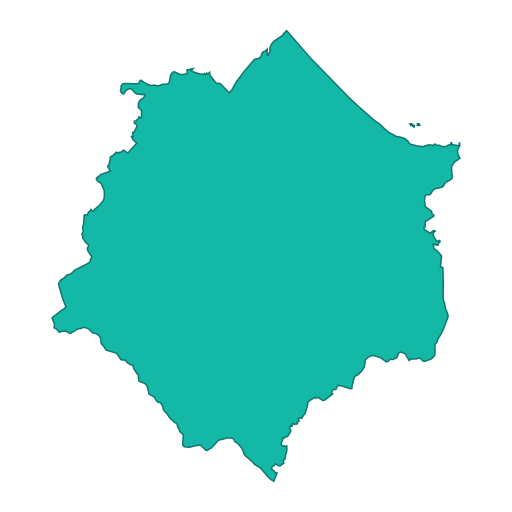 the district of Cam Xuyen, Ha Tinh, Vietnam
{"feature_id": "81297802B99684516055458", "entity_name": "Cam Xuyen", "entity_type": "district", "adm_level": 2, "iso_a3": "VNM", "parent_name": "Vietnam", "parent_adm1": "Ha Tinh", "projection": "orthographic", "projection_center": [106.007, 18.19], "detail": "fine", "context": "isolated", "style": "filled", "palette": "teal", "viewbox_px": 512, "rotation_deg": 0, "n_neighbors": 0, "source": "geoboundaries", "source_scale": "gbopen_adm2", "svg_char_len": 5984}
<svg xmlns="http://www.w3.org/2000/svg" viewBox="0 0 512 512"><path d="M459.7,143.1L459.2,143.5L459.5,145.1L458.0,145.6L451.8,144.6L451.8,142.9L451.3,142.7L450.8,143.1L450.9,144.4L448.3,145.1L446.3,146.3L443.9,146.7L441.2,146.3L439.5,145.3L436.5,145.3L435.3,144.1L433.7,144.5L432.8,145.9L430.3,144.7L428.5,145.2L427.6,144.8L426.3,146.0L425.1,145.8L423.6,146.7L422.8,146.3L422.3,146.8L420.0,146.1L419.3,146.5L409.7,143.9L407.7,140.9L405.0,138.7L401.9,137.5L396.3,136.4L389.1,132.5L385.3,129.5L379.2,123.6L374.7,120.7L358.2,106.2L349.2,97.8L310.3,57.9L286.7,30.7L283.4,33.8L283.5,34.7L274.1,41.1L271.4,44.2L269.9,47.8L269.9,51.9L268.6,53.8L268.1,55.4L267.6,55.4L266.9,54.2L267.2,49.2L264.9,51.4L263.5,51.6L262.2,52.8L260.8,56.9L258.0,58.7L255.7,58.9L254.0,59.8L243.2,72.6L236.0,82.4L231.7,90.2L229.2,92.8L220.4,83.8L219.4,83.4L216.4,83.3L210.2,75.6L209.6,72.3L207.9,74.1L206.7,73.1L205.5,74.6L204.5,73.5L203.8,74.4L199.6,73.9L193.8,72.1L191.2,70.7L193.1,68.6L186.9,69.9L187.5,73.1L184.4,74.5L179.9,74.4L175.2,72.1L174.2,71.8L173.0,72.0L170.7,74.8L169.2,82.5L168.0,83.7L166.6,84.2L162.6,84.3L161.3,84.6L160.7,85.3L157.5,85.9L157.1,85.6L156.6,86.0L154.9,85.1L154.4,85.4L153.4,85.0L152.8,85.4L150.1,85.5L149.3,84.8L148.0,84.8L146.6,83.6L144.5,82.8L141.0,80.2L140.2,80.5L138.8,83.1L137.5,83.8L125.2,83.5L122.7,83.9L121.2,85.7L121.0,88.7L120.4,90.6L121.1,92.2L122.4,93.7L123.8,93.9L126.0,90.5L128.0,89.2L130.2,88.6L132.2,89.6L135.1,93.0L136.5,93.9L143.0,94.7L144.3,94.4L144.9,95.0L144.4,96.8L143.0,98.2L140.7,99.6L138.9,102.1L138.4,103.6L138.3,107.5L140.6,109.5L141.5,110.9L141.5,117.5L140.4,118.1L139.5,117.0L138.9,116.9L138.7,118.5L136.8,119.8L136.0,121.2L134.3,121.1L134.4,123.3L135.7,123.8L137.0,125.2L137.0,126.2L134.3,131.8L133.9,132.2L133.2,132.1L133.1,132.8L132.6,133.0L133.4,136.0L133.0,136.4L131.9,136.2L131.4,136.8L132.1,137.9L132.7,137.8L132.6,139.1L136.7,143.2L127.9,153.0L123.5,150.1L120.9,152.4L119.8,152.1L118.7,153.0L116.3,152.2L112.2,156.2L111.2,156.2L110.1,157.7L110.3,159.0L108.8,165.1L107.6,166.2L110.3,171.2L101.2,174.3L96.6,177.9L96.3,178.8L96.6,179.7L98.1,181.5L100.9,183.2L104.1,190.0L104.4,194.5L104.1,198.4L103.3,200.5L99.5,205.3L94.4,209.5L93.8,211.1L93.2,211.3L92.1,210.7L90.9,209.5L90.3,211.0L89.1,211.5L88.1,212.8L87.4,214.9L84.9,214.8L84.2,215.2L83.6,223.8L82.6,227.4L83.2,231.3L81.9,234.3L82.6,235.5L82.9,238.3L86.0,242.8L88.4,244.7L88.6,245.7L87.3,248.4L87.5,249.7L88.0,251.1L91.9,257.0L90.6,259.1L90.1,261.5L88.7,263.0L75.2,269.9L70.5,274.2L67.9,274.7L66.7,275.3L64.1,278.0L60.9,279.9L58.6,283.4L58.9,285.6L62.7,298.8L65.9,306.7L63.9,309.0L61.5,310.4L52.0,317.8L54.4,323.9L54.1,327.8L56.6,329.1L59.3,332.3L62.3,331.2L66.1,331.3L69.9,333.4L71.2,333.0L77.9,328.9L80.6,328.6L83.2,327.4L85.3,327.6L88.7,328.9L92.7,332.9L96.6,333.8L99.3,336.1L100.8,338.7L101.2,343.6L103.3,345.8L106.1,350.1L115.9,353.0L117.2,354.0L120.7,359.4L121.7,359.9L124.9,360.1L128.2,363.4L132.8,365.5L133.8,368.8L136.8,373.4L138.1,374.5L139.0,381.3L143.8,383.0L145.6,384.1L147.1,386.3L148.7,392.1L148.8,393.9L154.3,397.1L156.2,400.5L158.1,402.3L159.7,402.4L161.4,403.9L162.8,406.8L163.1,409.0L163.9,410.6L167.0,413.8L169.9,418.1L174.2,422.1L176.3,423.3L177.2,424.3L177.6,427.0L179.0,429.2L179.7,431.5L182.7,434.2L183.3,435.4L182.7,444.4L183.2,445.8L184.5,446.8L189.4,447.3L194.2,446.0L199.5,445.1L201.1,445.4L205.6,450.1L207.0,450.5L211.7,447.7L218.4,440.3L227.6,437.9L232.5,438.1L233.5,439.0L235.2,441.9L237.8,443.4L242.2,448.8L244.3,454.5L245.9,456.3L252.1,461.5L254.5,464.3L260.2,467.8L268.3,477.1L270.9,479.5L273.8,481.3L277.1,473.0L275.1,472.5L274.2,471.1L271.6,469.2L272.0,466.9L272.3,466.4L274.2,465.6L275.1,463.8L278.7,465.8L279.8,465.9L281.2,465.3L282.0,464.1L283.7,463.5L283.9,462.9L283.2,460.7L285.1,458.8L285.6,455.0L286.9,450.6L286.7,445.9L285.6,446.6L284.3,445.8L282.5,446.1L281.0,443.9L282.7,439.5L282.5,438.0L284.1,438.1L285.0,437.1L287.4,436.5L288.2,435.7L288.6,434.3L289.5,433.7L290.9,430.7L289.5,428.3L289.5,427.2L292.4,425.9L292.4,425.6L291.3,425.3L291.4,424.7L292.9,423.4L294.5,424.5L295.8,424.0L297.0,424.1L297.5,423.0L297.0,422.3L299.3,420.8L298.0,418.8L300.0,417.8L301.8,418.3L301.9,417.7L305.3,413.1L307.7,404.5L307.7,402.5L309.0,401.1L314.8,397.3L315.7,398.3L316.9,397.4L318.6,397.7L322.8,400.5L324.7,400.1L332.5,394.2L332.7,393.8L331.8,393.2L331.6,392.5L332.5,390.3L333.8,389.4L335.4,389.5L336.1,389.1L337.6,385.5L341.2,385.8L349.7,388.5L351.2,388.7L352.0,388.2L352.1,385.4L353.0,382.8L353.1,380.7L354.7,376.9L355.5,375.9L358.2,374.6L362.0,370.7L364.1,367.3L365.2,362.6L364.8,360.6L367.8,357.5L370.1,356.1L373.4,355.5L380.9,357.8L386.2,361.9L388.0,361.4L390.1,359.3L392.9,359.5L396.7,357.8L398.7,353.0L400.2,352.1L402.2,352.4L405.7,354.2L406.7,356.8L407.9,358.1L408.7,360.1L409.4,360.5L410.7,359.1L416.1,358.9L420.1,357.9L422.6,360.8L424.3,361.5L431.4,358.9L434.6,355.6L434.9,354.4L435.0,344.6L437.2,341.7L437.7,339.2L440.6,334.9L443.7,328.4L447.9,317.3L448.1,315.0L445.4,308.2L444.3,302.4L443.1,299.7L443.3,281.9L442.9,269.0L442.8,267.4L440.4,267.1L441.6,255.8L437.3,251.0L433.5,248.1L433.8,245.2L433.0,244.4L433.3,243.8L437.6,245.4L438.1,245.1L438.8,242.9L440.2,241.5L439.4,240.4L437.0,241.5L434.0,237.3L433.2,234.8L433.2,233.4L433.5,232.5L435.2,231.3L434.7,230.6L432.9,230.8L430.5,233.1L427.2,231.5L426.4,230.7L424.7,229.9L423.9,228.8L423.9,228.0L425.2,226.7L425.2,221.8L434.0,216.0L433.8,215.0L431.8,213.6L431.6,211.3L425.3,206.6L424.5,201.4L424.6,198.4L425.3,195.9L426.1,194.9L427.6,194.6L428.8,194.9L430.2,194.3L431.2,193.3L432.4,190.9L434.5,189.0L442.1,187.1L443.6,186.0L444.6,183.6L446.1,182.0L450.2,180.0L452.1,178.1L452.5,176.6L451.8,173.3L451.5,167.6L452.1,165.3L454.7,161.9L460.0,158.2L458.0,154.4L457.5,151.2L457.9,149.3L459.8,145.6L459.7,143.1ZM412.1,124.0L410.7,123.7L409.9,123.9L410.6,124.4L410.7,125.6L412.1,125.1L413.6,127.2L414.4,126.5L414.5,125.8L414.0,125.2L413.1,125.0L412.1,124.0ZM418.2,123.5L417.3,124.0L418.2,124.6L416.7,125.8L417.5,125.4L419.9,125.3L419.1,123.7L418.2,123.5Z" fill="#14b8a6" stroke="#0f766e" stroke-width="1.5"/></svg>